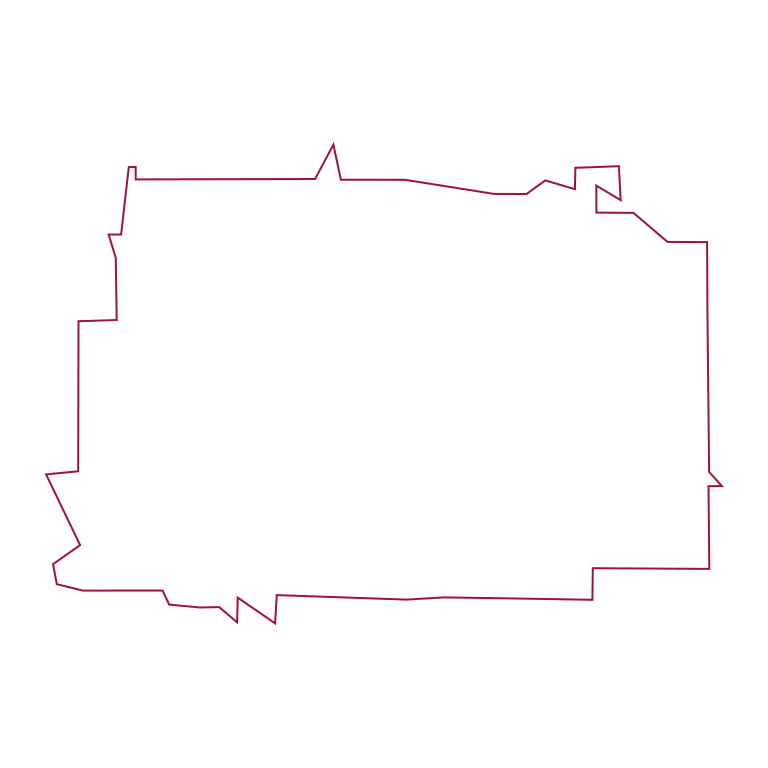 the district of Gordon, Georgia, United States of America
{"feature_id": "52423323B80353605077472", "entity_name": "Gordon", "entity_type": "district", "adm_level": 2, "iso_a3": "USA", "parent_name": "United States of America", "parent_adm1": "Georgia", "projection": "equal_earth", "projection_center": [-84.883, 34.509], "detail": "fine", "context": "isolated", "style": "outline", "palette": "rose", "viewbox_px": 768, "rotation_deg": 0, "n_neighbors": 0, "source": "geoboundaries", "source_scale": "gbopen_adm2", "svg_char_len": 708}
<svg xmlns="http://www.w3.org/2000/svg" viewBox="0 0 768 768"><path d="M709.3,568.9L708.5,486.1L721.9,486.1L709.1,471.9L707.4,307.7L707.1,242.1L667.5,241.9L633.5,212.9L596.4,212.6L596.3,185.6L620.7,200.2L618.9,166.2L575.4,167.8L574.9,189.2L545.3,180.4L526.5,194.0L493.9,193.9L404.9,179.8L340.9,179.7L333.4,144.6L315.1,179.0L135.7,179.4L135.7,166.9L128.8,167.1L121.1,234.5L108.6,234.5L115.8,258.0L116.7,320.0L78.5,321.2L78.2,471.3L46.1,474.4L80.1,545.1L53.1,564.1L56.8,584.2L82.9,590.6L162.5,590.5L169.2,604.6L199.9,607.5L219.1,607.1L237.1,622.3L237.7,597.6L275.1,623.4L276.8,595.1L406.4,599.6L443.7,597.4L498.7,598.2L592.4,599.8L592.8,568.2L709.3,568.9Z" fill="none" stroke="#9f1239" stroke-width="2"/></svg>